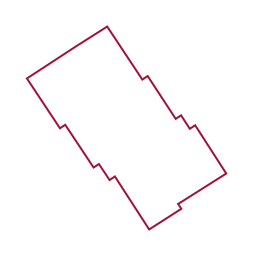 the district of Nance, Nebraska, United States of America, rotated 237°
{"feature_id": "52423323B96029767188282", "entity_name": "Nance", "entity_type": "district", "adm_level": 2, "iso_a3": "USA", "parent_name": "United States of America", "parent_adm1": "Nebraska", "projection": "albers", "projection_center": [-98.037, 41.395], "detail": "fine", "context": "isolated", "style": "outline", "palette": "rose", "viewbox_px": 256, "rotation_deg": 237, "n_neighbors": 0, "source": "geoboundaries", "source_scale": "gbopen_adm2", "svg_char_len": 410}
<svg xmlns="http://www.w3.org/2000/svg" viewBox="0 0 256 256"><g transform="rotate(237 128 128)"><path d="M31.4,90.5L31.2,128.7L32.8,128.7L37.0,128.7L36.3,185.6L93.7,185.8L93.7,179.4L109.7,179.4L109.7,173.0L160.9,172.8L160.8,166.4L224.4,165.8L224.8,128.1L224.6,70.2L183.1,70.6L164.8,70.8L164.9,77.1L113.6,77.6L113.6,84.0L94.4,84.2L94.5,90.6L31.4,90.5Z" fill="none" stroke="#9f1239" stroke-width="2"/></g></svg>